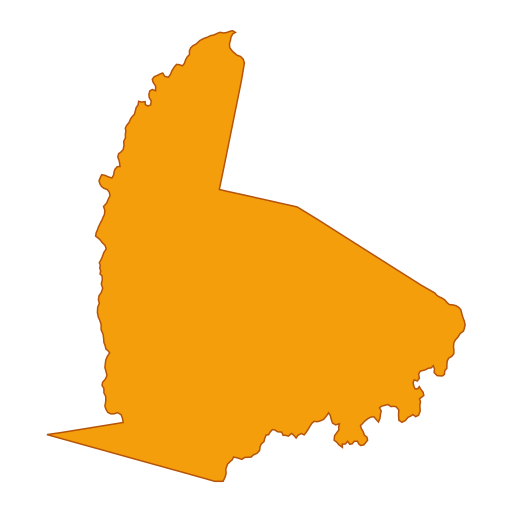 Aracatu, Bahia, Brazil (Equal Earth projection)
{"feature_id": "56859067B11961587384233", "entity_name": "Aracatu", "entity_type": "district", "adm_level": 2, "iso_a3": "BRA", "parent_name": "Brazil", "parent_adm1": "Bahia", "projection": "equal_earth", "projection_center": [-41.359, -14.328], "detail": "fine", "context": "isolated", "style": "filled", "palette": "amber", "viewbox_px": 512, "rotation_deg": 0, "n_neighbors": 0, "source": "geoboundaries", "source_scale": "gbopen_adm2", "svg_char_len": 4211}
<svg xmlns="http://www.w3.org/2000/svg" viewBox="0 0 512 512"><path d="M235.4,32.4L232.6,30.7L230.2,31.2L227.0,32.4L223.7,33.0L220.1,32.3L217.6,33.2L214.0,34.9L210.4,35.7L207.4,37.2L204.1,38.3L201.9,39.4L199.8,40.6L197.7,42.6L195.9,44.2L192.9,45.7L190.7,47.8L189.4,50.8L189.5,54.5L187.2,56.9L185.6,59.8L184.4,63.4L182.3,65.9L179.6,64.7L176.5,64.4L174.2,67.1L172.0,70.6L170.6,74.0L168.4,77.3L164.6,76.3L162.7,73.0L159.8,74.1L157.1,75.5L154.2,76.7L152.3,79.3L153.1,82.3L155.6,86.0L155.6,90.8L152.3,89.5L149.9,90.8L148.9,94.2L149.2,97.5L151.2,100.9L150.7,104.9L147.8,106.1L145.3,104.5L145.1,101.6L141.7,102.1L138.6,101.3L138.2,104.7L136.1,107.7L135.2,111.5L134.3,114.4L132.3,116.5L130.6,118.8L129.2,122.2L126.6,125.5L125.3,128.2L125.9,131.3L125.3,134.4L125.5,137.8L123.7,141.4L124.0,145.4L123.1,149.7L120.5,152.4L118.6,153.7L117.8,157.0L119.4,161.6L120.0,166.5L117.2,166.7L115.0,169.2L114.1,171.8L113.6,175.0L112.0,178.0L108.7,177.0L105.1,175.4L101.7,174.7L100.4,177.4L99.0,180.8L99.9,183.8L101.5,186.5L104.0,188.4L107.2,189.5L109.3,192.2L110.0,195.7L108.3,199.1L106.7,203.0L103.5,206.5L104.9,210.4L104.4,214.6L103.1,217.2L101.9,220.2L100.3,223.1L98.5,226.9L97.5,229.7L96.2,232.7L95.6,236.1L97.8,237.8L100.1,239.8L102.2,242.6L105.1,245.5L106.2,248.9L103.8,252.6L102.2,257.1L100.7,260.4L99.3,262.7L100.3,265.3L99.7,268.0L100.7,270.8L100.0,274.0L102.0,275.8L102.3,279.8L101.3,284.0L102.7,288.2L101.3,292.4L99.0,295.8L98.4,299.6L99.3,303.4L97.7,307.1L97.4,312.5L98.2,316.8L99.8,320.4L101.1,324.4L101.1,329.7L103.1,334.3L103.7,339.2L103.9,342.4L105.2,345.8L105.9,349.0L108.0,350.7L109.7,352.9L107.3,356.4L105.8,359.9L105.3,363.7L104.9,367.6L105.9,371.1L107.0,375.6L105.3,379.2L102.6,382.3L102.0,385.3L103.9,388.5L103.9,392.8L105.7,396.4L105.8,401.0L104.9,406.0L105.9,409.2L107.9,412.5L111.0,413.9L114.2,413.8L117.5,412.6L121.0,414.6L122.4,418.0L123.2,422.5L60.2,432.7L46.9,434.6L195.9,476.0L214.7,481.3L223.1,481.3L225.2,476.8L226.1,473.5L225.8,469.0L227.6,464.1L230.1,461.6L232.2,459.8L233.6,457.0L236.7,457.7L239.4,458.5L241.9,459.4L244.7,457.4L247.6,457.3L251.1,457.1L253.4,454.9L256.9,453.4L259.6,450.5L260.1,446.6L261.2,444.1L264.0,441.5L264.8,438.1L266.3,434.9L268.5,434.8L270.1,432.1L272.4,429.6L274.7,429.9L277.7,431.8L281.7,432.1L283.1,435.3L285.5,435.3L288.4,436.1L291.6,433.4L294.0,435.5L296.1,438.0L298.0,435.3L301.2,433.5L304.1,434.9L305.7,433.0L308.0,429.6L310.1,426.0L311.8,423.4L314.0,421.4L317.0,421.7L319.5,421.2L323.6,419.4L326.4,416.0L328.6,412.8L330.3,415.5L331.2,419.2L332.5,423.0L335.7,424.9L339.4,423.7L338.7,426.9L338.8,429.9L336.5,433.1L334.6,435.6L334.1,440.2L336.8,442.2L338.7,444.6L342.4,447.4L342.3,444.1L345.4,444.0L347.6,441.3L349.8,444.3L352.2,443.8L354.3,441.3L357.5,441.3L358.8,444.0L360.7,445.5L363.8,444.9L365.6,442.7L367.6,440.2L367.0,437.2L364.5,435.3L363.0,431.3L361.3,428.5L360.4,425.6L362.2,423.9L364.5,421.3L368.1,418.5L370.9,417.1L373.8,416.7L376.2,419.5L378.5,422.0L379.9,418.5L380.5,414.1L381.2,411.0L379.5,407.8L381.6,406.1L385.1,405.3L387.9,404.5L391.0,406.6L394.0,406.3L396.3,406.9L398.8,410.0L398.5,414.6L398.9,420.3L402.0,422.3L405.3,420.6L408.1,417.3L410.7,416.1L412.9,414.6L415.7,416.7L418.6,415.2L420.2,411.0L419.8,405.6L420.5,401.7L419.5,398.8L421.7,397.1L423.8,395.5L423.1,392.2L420.8,389.3L419.3,386.6L417.6,388.9L415.0,388.8L413.7,385.8L413.1,382.7L414.1,379.9L417.3,381.0L419.4,378.2L418.6,374.1L420.2,371.2L422.9,370.5L425.8,369.6L428.4,368.2L431.2,367.9L433.3,365.7L434.5,369.0L434.1,372.5L437.1,375.6L440.3,375.9L442.5,375.9L444.4,374.4L444.8,370.7L446.8,368.4L446.9,364.6L447.1,361.5L448.5,358.3L451.8,356.3L453.8,353.8L453.9,350.2L453.5,346.5L453.9,342.7L455.5,339.7L457.8,337.3L460.2,333.5L463.4,331.1L464.3,328.6L465.1,324.9L464.3,321.0L463.1,318.1L462.1,314.7L460.8,309.7L458.5,307.2L456.0,305.7L453.0,304.9L449.4,304.6L447.2,302.8L444.7,299.8L441.5,297.8L439.1,296.8L436.6,295.2L435.1,293.2L420.4,284.7L361.7,247.5L346.1,237.6L317.5,219.4L297.3,207.0L261.0,198.8L257.1,198.0L252.2,196.8L228.9,191.7L225.4,190.9L219.3,189.5L220.0,186.2L223.7,168.3L241.4,80.8L244.4,63.0L243.2,59.1L240.6,56.5L237.0,55.2L234.5,53.0L232.4,51.2L229.7,47.6L229.5,43.4L230.5,40.2L230.9,37.4L232.7,33.9L235.4,32.4Z" fill="#f59e0b" stroke="#b45309" stroke-width="1.5"/></svg>